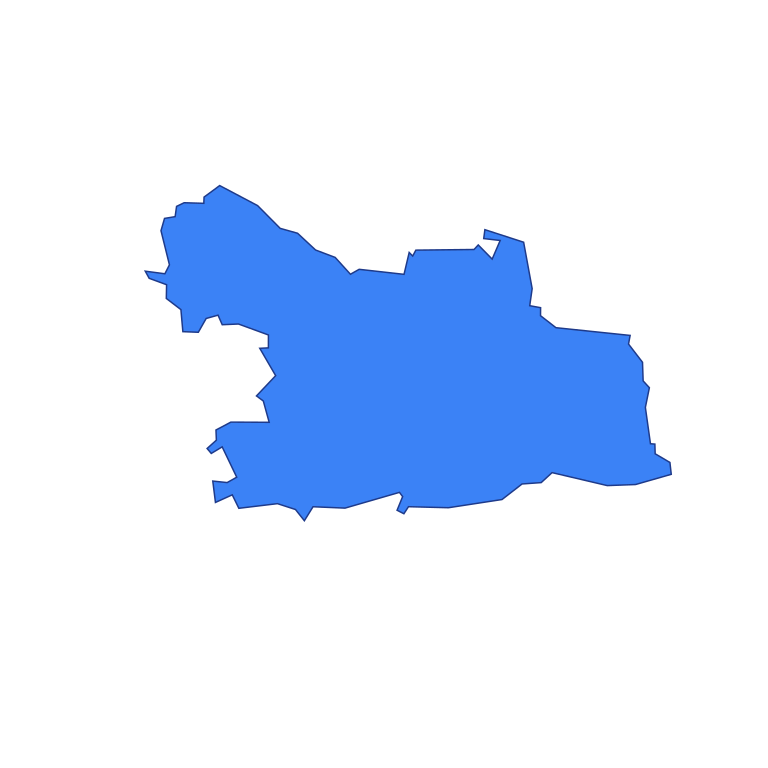 Lozovo, Lozovo, North Macedonia (Albers equal-area conic projection), rotated 132°
{"feature_id": "65306769B81455536397038", "entity_name": "Lozovo", "entity_type": "district", "adm_level": 2, "iso_a3": "MKD", "parent_name": "North Macedonia", "parent_adm1": "Lozovo", "projection": "albers", "projection_center": [21.925, 41.756], "detail": "fine", "context": "isolated", "style": "filled", "palette": "blue", "viewbox_px": 768, "rotation_deg": 132, "n_neighbors": 0, "source": "geoboundaries", "source_scale": "gbopen_adm2", "svg_char_len": 1275}
<svg xmlns="http://www.w3.org/2000/svg" viewBox="0 0 768 768"><g transform="rotate(132 384 384)"><path d="M269.4,453.3L289.1,442.5L315.4,479.2L324.9,482.4L322.6,505.0L330.2,524.5L329.8,549.1L337.8,565.3L336.0,597.3L346.5,638.9L365.5,642.8L370.3,638.8L383.0,653.8L390.8,657.0L399.4,651.2L407.8,657.9L419.3,652.3L439.0,623.2L448.7,620.6L459.9,636.9L462.6,629.2L455.7,612.0L466.1,603.0L464.6,584.7L479.7,568.5L469.8,556.6L454.3,560.0L443.9,553.4L448.2,543.9L436.8,532.3L424.9,502.7L434.5,494.1L440.6,500.2L450.3,470.1L478.2,470.8L477.4,462.3L489.3,443.7L514.8,472.3L530.6,478.1L537.9,471.0L550.3,472.3L551.2,465.9L539.0,462.2L551.8,431.1L562.2,434.6L570.7,446.3L584.8,430.0L567.9,422.6L573.5,408.7L544.2,383.1L536.5,365.8L538.9,351.7L522.7,354.6L502.3,329.9L454.2,300.0L455.2,294.8L469.1,289.8L467.1,282.4L458.8,283.7L432.8,253.3L390.9,219.0L365.9,214.5L352.1,201.2L337.4,199.8L310.1,150.1L290.4,129.8L258.9,110.1L251.0,119.0L254.4,135.8L247.4,142.5L250.1,146.0L226.5,174.1L209.2,184.3L208.3,193.5L194.9,206.4L190.7,229.0L183.2,233.6L227.1,293.9L228.5,313.4L222.5,318.7L228.3,328.1L214.0,337.7L185.2,375.1L201.8,412.3L209.2,407.2L199.6,393.7L218.8,387.2L217.6,407.0L223.8,407.1L263.2,449.9L269.7,448.3L269.4,453.3Z" fill="#3b82f6" stroke="#1e3a8a" stroke-width="1.5"/></g></svg>